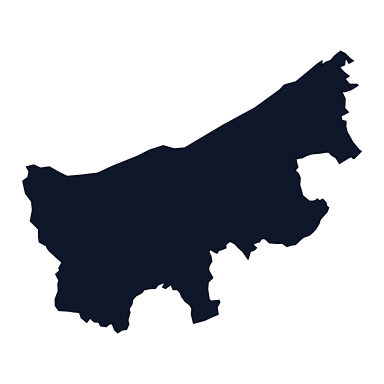 outline of Polis, Paphos, Cyprus
{"feature_id": "46923920B35140405744722", "entity_name": "Polis", "entity_type": "district", "adm_level": 2, "iso_a3": "CYP", "parent_name": "Cyprus", "parent_adm1": "Paphos", "projection": "orthographic", "projection_center": [32.436, 35.036], "detail": "fine", "context": "isolated", "style": "filled", "palette": "ink", "viewbox_px": 384, "rotation_deg": 0, "n_neighbors": 0, "source": "geoboundaries", "source_scale": "gbopen_adm2", "svg_char_len": 2684}
<svg xmlns="http://www.w3.org/2000/svg" viewBox="0 0 384 384"><path d="M321.8,61.2L317.5,64.1L308.1,72.0L296.0,81.9L284.3,85.2L280.1,89.8L254.9,108.1L223.4,125.2L184.8,148.1L174.1,149.0L163.2,145.9L149.8,150.2L137.0,156.6L114.7,165.5L97.6,173.3L80.6,175.4L67.0,176.5L57.9,172.0L49.4,167.1L40.3,168.3L33.7,165.1L26.7,166.9L26.9,167.4L29.3,171.6L28.0,177.5L23.0,181.2L25.6,193.2L31.7,201.4L32.6,209.9L30.5,221.0L38.7,229.2L38.8,237.5L39.4,241.9L45.1,245.1L45.9,244.6L47.3,247.9L49.3,250.8L52.9,254.0L56.4,257.3L62.2,262.4L60.8,265.1L59.0,268.1L59.9,270.7L55.9,274.2L58.0,278.4L59.2,280.1L58.0,284.1L58.4,291.2L55.3,299.3L55.5,305.6L56.0,306.4L58.8,310.3L69.1,311.0L74.0,311.8L79.6,312.3L81.4,317.7L86.7,322.1L90.1,317.8L94.3,321.7L99.0,322.1L100.6,325.7L106.2,326.5L109.2,323.9L112.2,323.5L114.9,330.0L117.6,332.6L122.1,329.9L125.3,329.4L126.5,329.2L128.7,324.1L127.7,320.2L129.8,312.3L128.8,308.9L131.8,304.2L132.6,299.5L136.0,295.7L139.8,293.7L141.9,292.5L143.9,289.7L150.7,288.3L155.3,288.3L158.1,284.7L164.7,282.4L165.2,283.3L162.8,287.1L165.5,288.3L169.2,285.7L170.9,283.9L173.2,289.5L177.3,289.3L180.4,292.8L181.8,296.6L185.3,301.4L189.8,304.7L192.1,308.7L191.5,314.2L193.6,323.1L204.3,320.3L212.5,316.5L218.0,314.2L216.9,307.4L219.7,302.3L219.0,300.5L210.7,301.3L209.0,299.2L207.5,289.2L208.1,282.0L212.6,277.8L208.6,270.6L208.5,267.0L210.1,263.9L211.7,261.1L210.7,256.0L208.6,251.7L210.2,249.1L214.9,252.1L217.0,253.0L218.5,250.3L221.8,249.5L225.7,247.8L225.6,244.7L229.7,241.1L234.7,243.5L239.1,248.2L242.7,251.3L248.0,258.8L250.3,251.3L254.2,250.0L256.3,247.8L252.2,244.5L257.4,242.0L259.2,242.0L261.6,238.4L265.3,238.7L269.4,242.7L277.5,243.3L282.4,243.1L286.9,246.4L287.4,246.3L290.9,245.0L295.4,244.4L298.6,241.3L300.1,239.8L303.5,237.1L309.4,235.0L312.6,232.2L315.7,228.9L319.0,223.3L319.9,220.0L321.3,218.0L326.9,211.8L328.5,207.8L326.2,205.6L325.9,202.8L322.7,199.3L319.6,201.1L317.3,199.1L315.8,200.5L313.5,201.3L309.4,201.4L302.5,195.7L300.6,188.5L299.5,185.3L300.1,178.1L298.3,173.7L294.8,170.4L297.7,167.2L296.5,162.9L295.9,158.6L302.4,157.6L306.4,155.5L311.6,153.7L320.0,153.0L325.2,152.1L328.9,152.0L331.7,155.0L336.0,157.6L339.5,163.3L349.5,157.1L352.3,156.6L353.1,158.3L353.7,158.4L354.0,158.4L361.0,151.4L358.9,149.9L352.7,142.4L350.4,138.2L347.0,132.2L345.5,126.1L345.9,123.9L345.8,121.4L341.8,120.6L340.8,116.0L348.1,112.1L344.5,108.3L345.0,98.9L341.5,91.5L345.4,91.5L351.6,89.3L357.8,85.3L357.1,84.5L349.4,84.4L344.7,78.8L348.8,76.1L343.4,71.9L339.1,67.0L344.4,64.8L345.1,58.7L346.9,59.5L349.0,63.1L353.1,60.8L350.0,58.7L345.1,53.8L340.5,51.4L334.7,56.0L330.7,60.7L325.6,62.5L321.8,65.5L321.8,61.2Z" fill="#0f172a" stroke="#020617" stroke-width="1.5"/></svg>